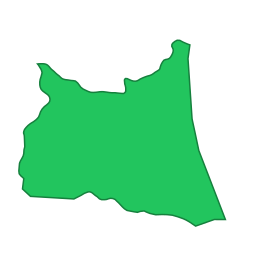 the district of San Jose, Choluteca, Honduras, rotated 275°
{"feature_id": "27666195B7253406385718", "entity_name": "San Jose", "entity_type": "district", "adm_level": 2, "iso_a3": "HND", "parent_name": "Honduras", "parent_adm1": "Choluteca", "projection": "equal_earth", "projection_center": [-87.408, 13.714], "detail": "fine", "context": "isolated", "style": "filled", "palette": "green", "viewbox_px": 256, "rotation_deg": 275, "n_neighbors": 0, "source": "geoboundaries", "source_scale": "gbopen_adm2", "svg_char_len": 2437}
<svg xmlns="http://www.w3.org/2000/svg" viewBox="0 0 256 256"><g transform="rotate(275 128 128)"><path d="M216.2,182.4L216.7,180.4L217.3,178.5L217.9,176.7L218.5,175.0L219.8,172.0L219.7,169.3L218.2,167.0L216.4,165.2L215.1,164.5L213.2,164.5L211.7,165.4L210.6,166.0L209.4,166.3L207.4,166.2L205.1,165.5L202.5,164.3L201.0,163.2L200.0,161.4L199.5,159.5L198.6,157.8L196.5,156.5L194.2,155.5L191.9,154.9L189.6,154.5L188.5,153.7L187.2,152.0L185.6,149.8L184.7,148.9L183.2,147.0L182.2,145.1L181.4,142.8L180.2,140.2L179.1,138.1L177.7,135.7L176.6,134.3L175.9,133.2L175.3,131.6L175.2,129.4L175.6,127.2L176.4,124.9L177.1,122.9L177.1,121.3L176.2,120.4L175.1,120.3L173.5,120.6L171.7,120.9L170.0,121.6L168.0,122.2L166.2,122.4L164.4,122.5L163.4,122.1L162.6,121.4L162.0,120.6L161.9,118.7L161.9,115.3L162.0,111.8L161.7,109.1L161.7,106.5L161.9,103.1L162.0,100.1L162.0,99.7L161.7,97.1L160.8,93.0L160.4,90.3L160.3,87.8L160.9,85.3L161.9,82.5L162.9,79.9L164.5,77.4L166.5,75.7L168.5,73.9L170.2,71.5L170.4,69.3L170.4,66.9L170.6,64.5L170.7,61.5L171.0,59.5L171.6,57.8L172.6,56.4L173.7,55.1L174.1,54.6L175.0,53.1L176.2,51.4L177.8,49.5L179.2,47.5L179.9,46.5L180.9,45.4L182.5,43.8L183.7,42.3L184.4,40.6L184.6,38.9L184.6,37.5L184.4,35.6L184.2,33.7L183.9,32.3L182.9,33.3L181.8,34.1L180.3,35.2L178.8,36.3L177.1,37.1L175.5,37.6L173.8,37.3L171.5,36.9L168.8,36.3L166.1,36.1L163.2,36.4L161.1,37.0L160.7,37.2L159.0,38.1L157.5,39.7L156.1,41.9L154.2,45.1L152.4,46.9L150.0,47.8L147.8,47.7L146.0,46.8L144.0,45.0L142.0,42.8L140.4,41.6L139.5,40.9L136.6,39.5L133.8,38.8L131.2,38.0L129.6,36.9L128.1,35.6L126.1,33.4L123.9,30.4L121.8,28.2L119.7,26.5L117.6,25.1L115.6,24.5L113.9,24.4L111.9,25.2L110.4,25.5L100.4,26.8L97.2,26.3L93.5,26.4L91.0,26.0L88.3,24.9L85.7,23.7L83.8,23.1L83.2,23.0L79.6,23.0L75.8,23.0L72.9,23.6L71.1,25.3L68.6,28.6L58.1,28.2L51.4,36.8L52.4,72.6L52.6,80.3L56.9,87.2L59.1,90.2L60.8,93.7L61.1,95.7L60.7,97.0L60.2,98.1L59.0,99.8L57.9,101.4L56.9,103.3L54.9,105.8L54.3,108.0L54.6,111.2L55.0,113.0L55.8,114.7L56.5,116.8L56.4,119.2L55.7,121.4L54.1,123.3L52.8,125.0L51.1,126.9L49.4,128.8L49.1,129.1L47.2,131.5L45.8,134.2L45.4,137.8L45.0,141.8L44.9,144.2L44.8,144.7L46.0,147.5L46.8,151.4L46.1,153.0L45.6,154.6L44.8,157.3L44.0,163.1L44.8,169.5L45.1,174.5L45.0,179.8L43.9,185.4L42.5,190.8L41.4,193.9L39.8,197.4L36.2,203.9L44.4,222.0L45.3,233.0L111.7,200.5L128.8,195.3L140.4,191.7L142.8,191.0L202.4,181.7L216.2,182.4Z" fill="#22c55e" stroke="#15803d" stroke-width="1.5"/></g></svg>